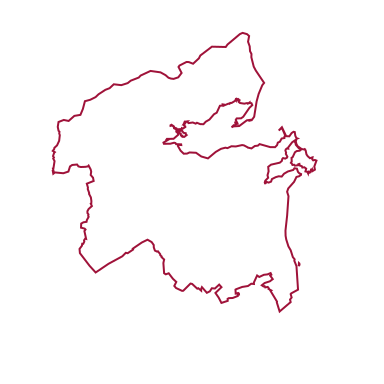 Tralee Lea-7, Kerry, Ireland (Albers equal-area conic projection), rotated 164°
{"feature_id": "5873133B69138340953371", "entity_name": "Tralee Lea-7", "entity_type": "district", "adm_level": 2, "iso_a3": "IRL", "parent_name": "Ireland", "parent_adm1": "Kerry", "projection": "albers", "projection_center": [-9.78, 52.294], "detail": "fine", "context": "isolated", "style": "outline", "palette": "rose", "viewbox_px": 384, "rotation_deg": 164, "n_neighbors": 0, "source": "geoboundaries", "source_scale": "gbopen_adm2", "svg_char_len": 5958}
<svg xmlns="http://www.w3.org/2000/svg" viewBox="0 0 384 384"><g transform="rotate(164 192 192)"><path d="M117.0,68.9L112.0,92.0L112.6,97.7L111.9,99.0L113.0,101.6L113.2,108.8L114.3,113.1L114.5,120.4L114.1,124.1L112.8,129.1L107.1,143.0L100.4,161.4L100.5,166.0L98.5,168.9L91.1,173.6L87.4,177.7L84.8,177.6L82.5,178.4L82.2,179.2L83.7,180.4L84.6,182.2L84.7,185.5L87.0,186.6L88.6,185.3L94.2,185.3L98.5,184.2L101.5,182.1L104.3,183.2L107.4,183.2L111.6,182.4L113.1,180.2L115.7,179.9L117.5,181.1L118.9,180.1L120.2,180.4L119.2,180.6L119.4,181.2L118.4,182.7L114.9,184.7L114.8,187.3L112.7,190.7L111.8,195.2L108.5,196.5L99.5,196.0L97.1,197.1L96.1,198.9L95.1,199.5L93.2,198.4L91.3,198.8L90.6,199.6L91.3,202.8L90.7,203.9L90.8,206.1L90.1,207.1L88.9,207.7L87.5,207.1L87.4,208.2L82.0,212.2L78.4,213.4L79.3,211.8L79.0,210.3L79.2,208.8L77.3,204.7L75.2,202.8L77.1,202.0L80.1,202.5L82.1,201.8L85.6,197.8L86.9,197.4L87.7,193.9L88.9,192.8L88.2,191.8L88.0,190.3L86.4,190.1L85.9,189.0L82.6,188.5L82.2,189.4L81.0,189.4L81.2,187.8L79.3,186.5L79.2,185.1L77.2,184.8L75.8,183.0L77.3,180.5L75.6,179.6L75.3,177.9L74.8,179.0L74.0,178.4L73.9,179.3L72.5,178.6L71.4,180.8L70.8,180.8L70.6,179.9L70.3,180.3L70.3,178.9L67.7,179.6L67.4,182.8L63.7,187.9L65.0,188.9L66.8,189.0L67.4,190.3L66.6,192.1L69.3,192.0L70.9,194.5L71.6,196.6L71.3,200.7L71.9,201.7L71.1,202.6L72.3,201.9L74.8,203.1L77.9,207.0L78.4,209.3L78.3,211.9L76.9,214.3L75.9,214.4L76.8,215.1L77.2,217.6L76.7,221.3L77.8,221.9L80.0,221.2L83.1,218.7L86.1,219.7L87.7,229.5L91.7,227.2L88.8,228.5L87.7,227.5L86.8,220.4L87.8,219.9L88.3,218.4L91.1,218.7L93.7,216.1L95.9,215.8L97.3,213.6L99.8,212.2L104.3,213.5L113.8,219.4L115.9,218.4L118.9,218.9L122.8,217.5L126.6,219.6L126.2,219.6L129.2,222.5L130.9,223.3L137.3,223.7L141.5,225.1L145.8,224.4L147.7,225.4L152.2,225.5L158.1,224.0L167.4,219.9L173.3,223.6L177.3,228.6L183.5,230.7L186.1,230.3L189.4,231.1L191.6,234.9L192.9,240.2L192.5,241.2L189.4,240.1L189.3,240.8L194.1,242.4L194.4,243.6L195.6,244.3L199.7,244.4L205.7,246.1L205.8,247.4L200.7,248.7L202.0,249.5L201.4,250.0L195.1,248.2L189.3,250.9L189.5,252.7L190.5,254.3L189.7,256.4L191.7,258.2L191.6,260.0L192.9,261.4L194.4,261.5L194.3,262.0L193.2,262.3L191.4,260.2L191.0,258.5L189.4,257.5L188.6,254.1L187.8,254.8L187.9,256.1L184.5,255.4L184.1,256.2L183.2,255.5L180.5,256.3L180.4,257.0L181.5,258.3L179.0,260.6L180.5,260.3L179.4,261.3L180.2,261.0L179.8,261.7L180.3,261.9L178.9,261.5L178.6,260.8L178.0,261.3L177.0,261.1L177.6,260.8L177.0,260.8L176.4,259.2L172.1,258.6L169.6,256.7L168.2,257.2L165.4,255.0L162.3,254.0L159.4,255.8L155.3,256.8L149.4,260.7L146.4,261.4L141.4,267.2L138.6,266.7L138.4,267.8L137.3,267.3L137.7,266.3L132.6,266.9L131.6,266.4L130.8,267.1L129.3,266.7L125.6,267.7L124.7,268.6L124.5,268.1L124.1,269.4L123.5,269.5L122.3,268.4L121.2,268.9L122.3,267.7L121.8,267.5L120.2,266.7L122.4,267.3L122.3,265.7L121.3,264.3L117.4,262.5L114.5,262.3L114.0,261.5L112.0,262.2L112.2,261.6L110.4,261.0L110.1,258.9L113.6,257.1L122.0,250.2L124.5,249.3L128.8,250.4L130.1,249.2L129.6,246.7L132.2,247.1L129.7,246.0L129.4,245.0L131.3,245.1L132.7,244.2L133.5,244.7L136.1,243.3L133.9,243.6L128.4,242.4L119.5,245.8L116.8,245.4L117.7,245.0L117.3,244.7L114.8,244.6L111.5,247.2L104.9,261.3L100.9,267.9L95.0,275.3L92.6,277.0L97.2,291.2L98.1,295.5L97.8,305.2L96.8,308.3L97.4,311.4L96.4,316.1L96.7,321.0L94.1,326.2L95.6,328.6L99.5,331.0L102.4,330.6L117.2,324.0L119.6,322.1L132.8,326.2L146.4,320.9L148.5,318.6L155.6,315.0L159.3,317.8L161.5,318.5L169.2,317.0L170.5,315.9L169.2,309.3L173.6,306.0L178.5,305.8L180.9,306.8L183.1,308.3L185.2,311.6L189.3,315.7L198.5,319.8L209.3,318.1L211.6,316.7L220.2,315.9L223.8,314.4L230.5,314.2L237.5,317.1L242.6,314.5L247.1,314.1L254.9,311.7L258.5,309.8L264.4,308.7L269.9,308.8L274.0,301.9L278.0,296.9L284.1,297.6L291.0,294.3L295.4,296.6L301.0,296.1L303.1,291.6L303.4,287.6L302.8,286.5L303.5,284.8L303.4,283.1L305.6,277.8L308.9,274.0L312.1,272.4L312.7,271.2L314.5,269.9L312.9,268.1L313.7,267.7L315.7,264.8L315.2,263.2L316.2,262.4L315.6,259.6L318.7,252.9L319.2,252.9L319.3,250.6L320.0,250.7L320.3,247.8L318.4,248.6L310.5,245.5L305.2,245.7L302.2,250.2L299.7,251.0L294.9,250.1L294.1,247.9L292.1,246.7L287.7,245.6L285.1,245.3L284.1,245.9L283.2,241.7L283.3,239.3L284.7,236.3L283.2,233.0L283.5,229.7L290.8,229.0L290.8,224.9L291.4,223.6L291.1,219.3L291.5,218.6L290.7,214.7L291.2,211.0L292.0,208.7L292.5,208.6L292.1,206.1L296.0,204.2L297.8,202.4L298.3,200.5L297.7,199.0L298.4,197.7L298.2,196.6L300.8,194.0L301.6,192.4L304.7,192.8L307.2,192.2L308.5,188.3L305.3,186.4L304.7,185.3L306.2,184.1L306.7,176.2L307.4,176.7L309.1,175.3L309.2,174.0L310.8,172.2L311.8,172.5L312.6,170.7L315.8,168.3L316.6,164.1L310.8,149.3L306.8,141.2L292.0,146.0L276.7,149.4L272.4,151.8L270.7,150.9L264.5,152.9L264.6,153.8L262.6,154.5L254.1,157.3L247.9,158.4L244.6,155.0L243.4,151.6L244.0,149.3L243.8,145.9L242.0,144.3L241.1,144.4L239.7,141.0L239.9,139.9L238.9,138.4L239.2,137.7L237.4,134.8L239.1,131.6L241.2,121.6L239.9,120.1L236.8,120.3L234.3,113.9L231.9,109.9L234.9,106.6L233.8,104.1L228.8,99.7L227.6,99.5L218.7,104.4L217.2,103.6L213.6,97.6L212.5,97.8L210.4,94.7L210.0,96.2L208.7,97.8L205.5,91.0L202.2,91.6L199.5,94.0L196.6,92.9L191.4,95.5L189.9,92.4L197.3,88.5L195.5,83.2L194.3,77.3L187.7,77.5L187.2,79.5L185.8,79.8L182.1,78.9L176.7,79.4L176.5,80.3L175.1,80.4L174.9,81.5L175.4,82.2L178.0,82.3L177.1,86.2L176.3,86.4L169.9,86.9L164.1,86.2L160.3,87.5L157.8,86.5L157.5,87.9L152.4,93.8L150.8,91.8L145.7,92.6L142.2,92.0L138.8,92.4L138.5,90.6L139.9,90.1L138.4,86.0L141.7,84.7L147.2,84.5L150.6,83.1L149.3,81.5L148.2,81.5L147.9,80.1L145.4,79.9L144.7,78.2L145.1,77.7L143.0,75.6L143.8,75.4L140.5,63.2L140.9,62.5L140.7,53.0L127.5,59.0L127.4,61.6L125.3,63.1L125.3,66.7L124.6,67.2L117.0,68.9ZM186.2,254.1L188.2,253.4L187.6,251.8L186.7,251.4L187.0,249.4L186.5,248.4L185.7,248.6L185.7,247.6L184.2,247.1L181.5,248.2L182.1,249.0L181.8,250.2L183.9,251.3L184.6,253.6L186.2,254.1ZM109.8,91.4L108.7,92.4L108.5,93.7L108.8,94.2L109.8,91.4Z" fill="none" stroke="#9f1239" stroke-width="2"/></g></svg>